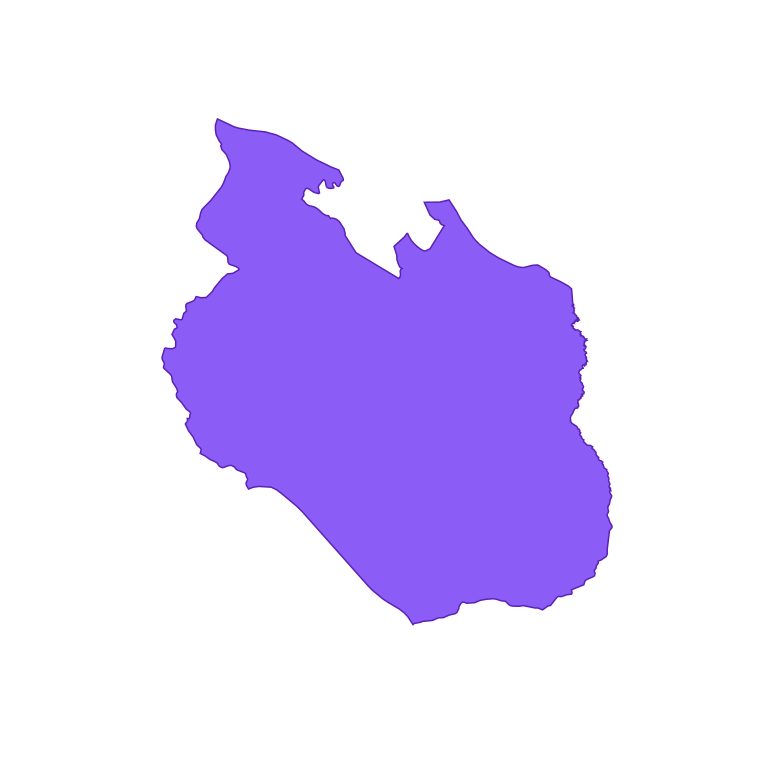 outline of Chetr Borei, Krâchéh, Cambodia, rotated 121°
{"feature_id": "14789045B88905029320909", "entity_name": "Chetr Borei", "entity_type": "district", "adm_level": 2, "iso_a3": "KHM", "parent_name": "Cambodia", "parent_adm1": "Krâchéh", "projection": "equal_earth", "projection_center": [106.168, 12.563], "detail": "fine", "context": "isolated", "style": "filled", "palette": "violet", "viewbox_px": 768, "rotation_deg": 121, "n_neighbors": 0, "source": "geoboundaries", "source_scale": "gbopen_adm2", "svg_char_len": 6171}
<svg xmlns="http://www.w3.org/2000/svg" viewBox="0 0 768 768"><g transform="rotate(121 384 384)"><path d="M347.1,624.2L349.9,616.5L351.5,614.6L352.6,611.6L354.9,584.9L355.5,583.7L360.1,580.2L361.0,578.2L359.6,571.5L359.6,568.4L360.6,567.1L367.0,570.6L370.2,574.8L376.7,577.0L389.2,578.9L392.9,578.7L401.3,580.9L404.3,585.3L405.8,590.0L409.6,589.7L410.9,590.1L416.5,594.4L418.0,594.6L419.2,594.1L423.3,590.9L426.6,592.0L432.6,590.3L433.6,591.3L435.4,596.1L437.6,596.9L438.8,596.3L439.5,595.4L440.1,592.3L441.8,590.7L442.7,590.4L445.0,591.9L450.7,591.3L452.8,587.2L454.7,584.5L459.4,581.8L460.2,581.8L462.7,583.5L465.0,587.8L465.6,589.8L466.7,590.3L475.5,588.0L477.3,586.6L479.4,582.8L483.1,581.7L483.8,581.1L485.8,571.8L486.6,570.1L491.1,566.4L493.9,560.6L495.5,558.3L496.5,557.1L499.2,556.9L500.9,556.0L502.3,554.6L504.3,547.6L507.4,540.5L507.8,536.5L508.5,534.8L510.8,534.4L512.3,533.4L514.1,533.4L514.9,534.9L516.9,533.3L520.6,533.7L524.8,527.4L527.6,520.5L532.5,513.3L533.6,508.0L534.5,506.9L538.2,505.8L537.8,500.3L538.3,494.5L537.6,487.9L537.8,486.1L539.2,483.1L539.3,481.4L538.9,479.4L538.0,478.3L534.6,475.7L532.3,473.0L532.2,469.0L533.1,467.4L533.3,465.1L531.9,457.7L532.4,456.1L534.3,454.3L535.5,452.2L536.4,451.6L540.0,451.3L541.8,449.6L543.8,446.0L539.9,443.0L536.2,438.4L530.5,427.5L530.0,421.5L530.7,415.0L533.7,395.9L535.6,388.1L565.3,293.4L566.9,287.0L568.8,274.2L569.1,267.8L569.0,255.0L569.8,248.6L571.2,243.7L575.3,235.2L574.4,235.1L573.0,234.0L569.4,229.9L567.7,228.8L561.8,220.8L556.2,216.7L553.8,212.9L548.4,209.0L544.3,204.8L542.2,203.8L538.1,204.2L535.9,205.1L532.1,205.0L530.4,204.2L529.8,203.0L529.4,200.3L524.7,193.6L520.0,190.2L515.7,185.3L511.8,179.7L510.7,177.1L509.5,172.1L507.7,167.8L508.8,163.7L508.8,161.3L508.0,159.1L505.1,154.0L502.2,150.4L498.2,139.2L496.7,136.6L495.9,131.7L489.7,129.1L488.1,127.2L477.8,125.9L476.4,125.3L474.8,122.3L470.7,119.0L467.6,115.1L466.4,115.1L463.8,117.3L453.1,109.3L449.4,110.3L447.6,109.8L440.8,105.0L439.8,104.8L437.5,105.6L435.9,107.7L432.6,107.4L430.5,108.3L427.1,108.1L425.6,109.2L423.3,107.4L417.5,104.7L414.7,105.0L411.0,107.4L393.6,115.2L389.7,114.6L387.9,115.8L386.3,119.1L383.3,122.6L382.3,124.6L380.9,125.5L377.7,125.8L375.6,127.8L374.4,128.7L373.5,128.6L373.1,129.2L371.2,128.8L366.2,130.7L364.4,130.6L362.6,131.2L360.5,135.0L359.0,135.4L358.7,134.7L357.5,136.3L357.2,135.8L356.6,136.3L356.3,138.2L353.3,138.9L351.4,141.6L349.0,142.7L347.2,145.3L345.1,145.6L343.7,148.4L342.6,149.0L342.6,152.0L340.2,154.6L339.9,156.0L338.3,156.2L338.0,158.3L338.5,159.8L338.1,161.1L337.1,162.2L336.4,162.1L335.9,164.7L334.6,166.5L333.4,167.1L332.9,169.1L332.4,169.3L331.9,172.8L330.3,172.8L330.4,175.6L331.8,178.3L330.7,183.2L328.9,184.0L329.1,185.1L328.5,186.7L327.2,187.8L327.1,189.3L326.3,190.5L324.6,190.2L324.1,191.7L323.3,192.0L322.3,193.3L322.7,194.2L321.1,196.9L320.9,202.6L320.0,205.0L319.5,204.9L317.1,206.8L315.4,207.3L311.5,207.2L309.7,207.6L306.5,207.7L305.0,205.8L304.3,206.3L303.5,205.6L302.6,205.8L300.4,207.5L300.4,208.3L298.9,209.0L298.0,208.7L297.4,209.4L296.4,208.3L295.5,208.6L294.9,207.9L294.2,208.5L293.4,208.1L292.9,208.6L292.0,207.6L291.1,208.1L291.1,208.9L290.3,208.9L289.5,207.8L288.4,207.9L287.7,208.5L287.3,210.6L286.8,210.5L286.1,211.5L284.6,211.2L283.4,211.7L282.0,214.1L281.3,214.4L281.1,215.8L279.7,218.0L278.4,217.8L277.9,219.4L276.8,218.9L276.1,219.8L275.3,219.6L274.2,222.7L273.1,223.2L271.0,223.2L270.7,222.7L268.4,222.1L267.9,221.4L266.2,223.4L265.5,223.4L264.8,222.8L265.1,221.4L263.9,221.5L263.5,220.8L262.9,220.9L262.7,221.9L261.9,221.4L260.1,222.1L259.8,221.4L257.9,224.3L257.2,223.9L255.6,226.6L254.1,226.9L253.3,226.3L252.7,226.8L252.4,229.2L251.5,230.5L250.1,229.5L247.9,230.1L248.1,232.2L247.3,231.7L247.3,232.5L246.5,233.2L244.8,233.4L244.8,234.1L244.2,234.4L242.1,232.5L242.0,233.4L241.0,233.5L242.1,235.1L240.9,236.6L241.1,237.3L240.5,237.6L240.8,238.6L240.5,239.7L241.4,240.4L240.3,241.3L239.4,241.2L238.5,242.6L237.8,242.3L238.1,243.9L237.7,244.9L238.1,246.3L239.4,247.7L238.8,248.5L239.1,249.2L238.6,249.6L238.9,250.8L238.3,251.3L237.4,251.2L236.9,252.4L237.5,253.2L237.0,253.8L235.0,253.6L234.3,252.4L234.1,253.2L233.1,252.6L232.5,252.8L232.3,252.2L230.9,252.6L230.7,250.5L230.0,250.0L229.5,250.1L229.7,251.8L229.2,251.3L228.8,251.9L228.3,251.6L228.3,250.1L227.3,251.5L227.4,253.2L226.3,254.3L225.8,256.6L225.2,257.2L225.5,258.6L223.3,258.5L221.5,260.3L220.9,259.9L220.2,261.6L220.5,262.7L219.6,263.2L219.3,261.9L218.1,262.4L218.2,263.1L217.3,264.0L205.9,272.2L205.1,276.4L205.4,285.8L206.5,296.3L205.8,298.0L203.8,299.7L203.2,301.1L202.7,304.1L202.7,312.5L202.9,313.8L205.9,318.0L212.0,324.0L213.7,327.1L214.7,330.0L215.4,333.6L216.9,350.1L216.9,360.7L215.1,374.2L213.7,379.7L212.5,383.0L207.7,392.8L203.7,402.6L198.8,410.6L192.7,423.1L199.4,429.9L207.5,443.1L215.5,431.5L216.7,425.5L215.3,421.0L217.3,418.5L217.7,416.7L217.1,413.9L244.4,414.2L249.0,417.3L249.6,420.4L249.3,425.2L248.3,430.2L247.1,433.9L245.0,438.1L242.8,441.2L243.2,441.9L247.6,442.3L260.9,446.3L266.9,439.5L270.5,437.1L272.8,434.7L275.6,430.8L275.7,428.0L277.1,428.7L279.3,428.1L281.3,426.4L283.6,425.4L286.0,425.7L285.9,475.6L276.6,494.0L275.0,494.8L271.6,498.2L267.8,506.0L267.3,509.1L267.7,511.7L268.5,513.9L269.7,515.2L268.3,518.3L269.4,520.5L269.5,524.4L268.2,530.0L268.0,533.9L268.8,537.6L269.8,539.6L269.8,543.1L268.3,547.1L268.0,549.8L263.7,549.9L260.8,551.6L256.7,551.6L256.0,551.0L255.5,549.0L255.8,543.1L255.3,540.8L254.4,538.1L253.6,537.6L249.1,541.7L247.6,542.1L240.8,541.3L239.8,540.4L240.6,538.6L244.0,535.6L244.9,533.8L244.5,531.7L243.4,529.7L241.7,528.1L240.9,528.5L240.1,530.4L238.8,531.3L237.5,531.0L236.8,530.0L238.4,526.3L238.1,524.7L237.2,524.2L232.5,524.9L230.4,523.8L229.6,524.3L228.8,524.9L223.8,533.0L225.2,540.7L226.7,557.6L226.5,574.3L224.7,586.2L224.6,590.4L225.9,604.3L229.1,615.7L235.8,630.2L239.7,640.8L240.8,645.3L242.6,663.3L249.1,661.8L253.5,659.0L257.0,656.0L260.7,650.1L262.0,646.7L263.9,646.7L266.5,643.8L268.6,637.2L272.7,631.5L275.7,628.6L278.1,627.2L282.7,626.2L287.4,626.4L294.0,625.1L298.8,624.8L315.8,627.0L328.0,629.9L331.4,629.4L337.4,627.4L342.5,627.4L345.5,626.1L347.1,624.2Z" fill="#8b5cf6" stroke="#5b21b6" stroke-width="1.5"/></g></svg>